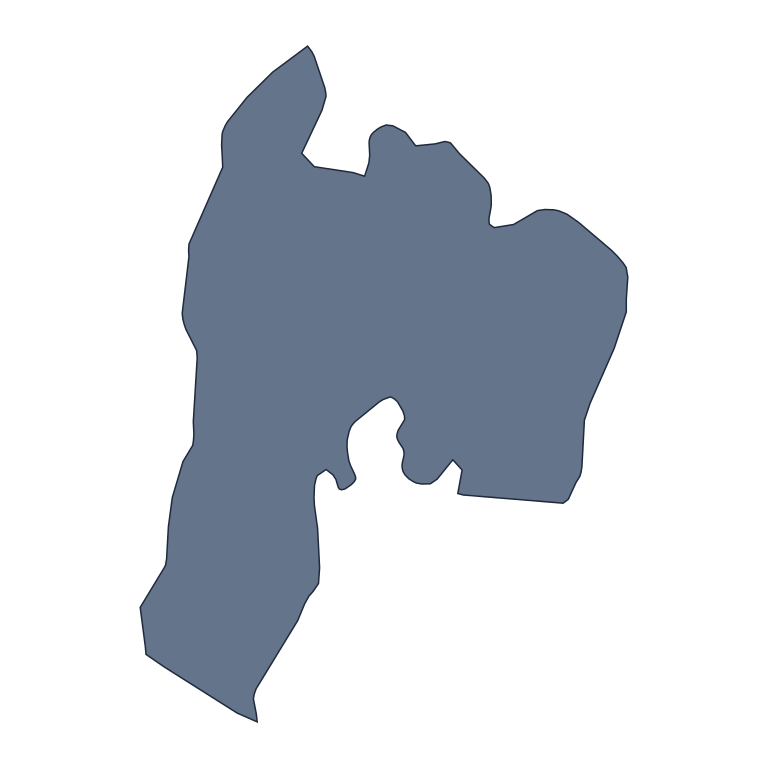 map outline of Suchitepéquez (Robinson projection)
{"feature_id": "GTM-1952", "entity_name": "Suchitepéquez", "entity_type": "Department", "adm_level": 1, "iso_a3": "GTM", "parent_name": "Guatemala", "parent_adm1": "", "projection": "robinson", "projection_center": [-91.398, 14.394], "detail": "fine", "context": "isolated", "style": "filled", "palette": "slate", "viewbox_px": 768, "rotation_deg": 0, "n_neighbors": 0, "source": "natural_earth", "source_scale": "10m", "svg_char_len": 2152}
<svg xmlns="http://www.w3.org/2000/svg" viewBox="0 0 768 768"><path d="M237.2,713.1L164.3,667.0L146.0,654.4L145.3,646.4L140.2,607.4L164.6,567.1L165.6,564.9L166.6,558.8L168.4,526.6L172.3,497.5L183.0,461.5L192.7,445.4L193.4,440.9L193.9,434.5L193.3,421.6L197.2,358.0L196.7,350.7L185.9,329.3L184.2,324.4L182.9,319.3L182.2,313.4L189.0,256.1L188.7,253.3L188.6,250.1L189.0,244.0L222.7,167.3L222.3,157.7L221.6,145.2L222.1,134.2L222.7,131.5L225.3,125.5L227.6,121.6L247.0,97.4L272.7,72.1L307.6,46.1L311.8,51.7L314.2,56.3L324.8,87.8L325.8,93.1L326.0,96.5L322.0,110.2L301.7,153.3L314.3,166.7L353.2,172.6L364.6,176.2L368.9,162.8L369.7,155.3L369.1,142.9L369.3,140.1L370.1,137.3L371.4,134.6L373.8,132.0L377.9,128.8L380.9,127.0L386.1,125.0L392.8,125.8L405.5,132.4L415.2,145.2L416.0,145.8L435.1,143.9L444.8,141.5L448.0,142.1L450.5,142.9L459.4,153.6L484.3,178.1L488.2,183.2L489.8,187.3L491.1,195.3L491.3,204.4L491.0,207.3L489.0,218.4L489.0,221.3L489.4,224.2L491.9,226.1L494.3,227.6L513.6,224.5L537.4,210.6L544.9,209.5L553.7,209.8L558.7,210.8L567.0,214.2L578.4,222.2L611.7,250.5L617.7,256.6L623.2,263.1L626.2,267.6L627.8,277.2L626.3,299.1L626.3,311.9L614.2,348.3L590.0,403.5L584.4,420.2L581.9,467.0L581.0,472.5L579.8,476.4L575.9,482.7L568.3,499.3L563.1,503.2L463.3,495.0L457.8,493.5L462.1,470.0L452.8,459.8L437.2,479.1L430.3,483.8L421.7,484.0L416.2,483.0L412.9,481.4L408.6,478.6L404.9,474.7L403.1,471.6L402.3,468.7L402.0,465.9L402.3,463.0L404.1,454.9L403.9,451.7L403.1,448.6L398.9,442.2L397.7,439.8L396.9,437.5L396.9,434.8L397.5,432.2L398.4,429.9L404.6,419.7L404.5,416.0L402.9,411.1L397.4,401.6L393.7,398.4L390.4,396.9L383.4,399.4L379.4,401.8L355.0,421.7L352.0,425.2L350.8,427.2L349.0,431.8L347.2,440.0L347.0,446.1L347.5,452.3L348.9,460.8L350.6,465.7L354.7,474.4L355.5,476.7L355.7,479.2L354.0,482.0L351.1,484.8L345.1,488.9L341.6,489.8L339.3,489.0L338.1,486.9L335.9,479.4L332.9,474.8L326.1,469.5L317.3,475.6L316.0,478.8L314.5,485.5L314.0,497.4L314.4,505.3L317.6,528.4L319.6,567.7L318.5,583.5L313.2,591.3L308.8,596.3L304.7,603.7L297.7,620.6L256.1,688.8L254.2,694.2L253.4,698.8L256.3,713.9L257.2,721.9L237.2,713.1Z" fill="#64748b" stroke="#1e293b" stroke-width="1.5"/></svg>